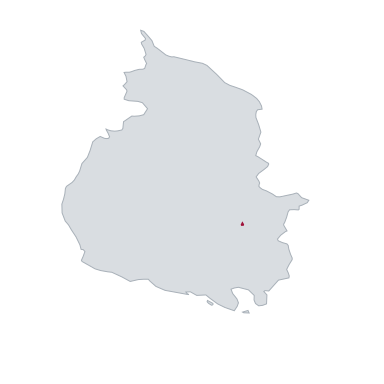 location of Chamkar Mon, Phnom Penh, Cambodia, rotated 301°
{"feature_id": "14789045B33698683582262", "entity_name": "Chamkar Mon", "entity_type": "district", "adm_level": 2, "iso_a3": "KHM", "parent_name": "Cambodia", "parent_adm1": "Phnom Penh", "projection": "equal_earth", "projection_center": [104.92, 11.542], "detail": "fine", "context": "in_parent", "style": "filled", "palette": "rose", "viewbox_px": 384, "rotation_deg": 301, "n_neighbors": 0, "source": "geoboundaries", "source_scale": "gbopen_adm2", "svg_char_len": 3133}
<svg xmlns="http://www.w3.org/2000/svg" viewBox="0 0 384 384"><g transform="rotate(301 192 192)"><path d="M304.2,64.7L304.9,68.0L303.0,74.1L301.1,79.7L297.4,84.6L297.3,88.2L296.0,98.9L296.5,102.3L297.4,105.2L298.6,106.8L301.9,117.3L304.8,126.8L307.7,134.7L308.2,139.6L305.6,152.2L302.6,163.7L302.9,169.5L304.2,175.3L305.7,183.0L306.2,192.8L305.5,199.2L304.1,203.2L301.5,207.3L299.1,209.4L296.3,205.9L294.1,205.7L291.2,206.8L288.8,208.4L284.1,214.4L278.8,220.2L271.5,221.7L268.6,226.1L265.6,226.7L259.8,226.9L256.0,227.9L256.2,230.1L255.9,240.4L256.0,242.8L255.4,243.4L252.8,243.7L248.3,242.1L242.3,239.6L238.0,239.2L235.8,243.7L234.5,245.4L232.9,245.7L231.2,246.5L230.7,248.5L230.5,251.0L231.3,255.3L231.7,262.1L231.4,266.7L233.0,269.7L242.2,279.6L244.9,282.0L245.2,283.5L243.6,288.9L245.1,296.4L242.2,296.3L237.4,293.1L235.1,291.1L232.3,292.7L231.4,292.4L229.5,288.6L227.0,284.8L224.5,284.6L219.1,286.1L213.7,287.1L211.6,287.1L210.7,287.8L207.6,293.5L206.2,292.5L200.7,290.3L195.7,289.5L194.6,291.0L195.2,295.6L196.4,300.1L195.7,302.0L192.9,304.4L189.3,308.6L187.0,311.9L185.5,312.7L179.9,312.6L174.4,313.0L172.2,316.2L170.1,318.6L168.3,319.3L161.0,311.5L146.7,308.8L145.1,305.4L143.7,304.8L142.4,309.2L134.5,313.5L131.2,310.9L128.8,307.8L129.1,303.9L131.4,300.8L135.4,298.6L137.2,290.8L134.2,280.8L131.6,277.8L128.8,275.5L125.9,279.2L123.5,285.6L120.9,288.9L117.3,289.6L112.0,289.4L110.0,279.9L109.3,271.7L110.1,262.4L110.9,256.9L105.8,249.3L105.6,242.0L103.1,238.3L102.4,240.2L102.5,242.2L101.8,240.7L93.8,219.5L92.5,209.7L93.9,202.1L94.7,199.5L92.4,195.6L89.2,191.0L83.5,185.1L83.1,175.7L81.9,164.6L80.2,160.9L77.6,154.1L76.2,148.5L75.8,133.6L76.5,132.4L80.6,131.9L85.8,130.9L86.6,128.5L85.7,126.5L89.0,123.1L93.8,115.7L97.5,108.0L100.2,103.1L101.8,98.3L107.2,91.4L114.6,86.7L119.6,85.6L124.8,84.0L129.8,81.7L132.2,81.5L138.4,84.3L141.7,85.0L145.3,84.9L148.9,85.2L152.1,84.9L159.7,83.0L167.8,84.5L175.0,83.3L183.9,81.1L188.3,82.5L192.3,84.7L192.9,89.3L193.8,91.3L195.1,92.9L196.9,92.9L199.2,89.8L201.1,86.5L201.7,85.9L201.8,87.5L202.7,91.0L204.4,94.5L206.1,96.8L209.0,99.9L210.9,100.0L217.0,97.1L226.1,101.3L227.2,103.5L230.2,107.7L233.4,110.8L240.5,111.0L243.0,103.5L241.8,98.9L237.7,90.8L236.6,86.1L237.9,85.3L244.8,84.4L245.9,83.4L247.4,78.2L249.3,78.8L253.1,79.5L257.1,75.9L259.5,72.2L260.8,73.9L262.3,76.5L263.8,78.0L266.7,80.3L269.9,83.5L271.9,86.6L273.5,87.8L277.6,86.9L278.7,87.0L281.1,83.3L282.7,81.2L284.2,81.8L286.2,81.8L290.5,77.0L292.9,72.6L294.2,71.4L298.1,73.6L299.6,73.1L301.8,67.1L304.2,64.7ZM107.3,267.3L106.5,267.9L105.8,267.8L105.0,267.0L105.1,263.5L105.7,261.5L107.0,261.1L107.3,267.3ZM119.3,301.0L117.7,303.3L115.1,298.5L115.1,297.2L119.3,301.0Z" fill="#d9dde1" stroke="#a8b0b8" stroke-width="1"/><path d="M190.1,251.2L189.9,251.2L189.7,251.2L189.4,251.3L189.3,251.5L189.2,251.6L189.2,251.8L189.3,251.9L189.5,251.9L189.5,252.0L189.7,252.4L189.8,252.5L189.9,252.8L190.0,252.9L190.3,252.9L190.5,252.8L190.6,252.7L190.6,252.4L190.7,252.2L190.8,252.1L191.0,252.0L191.0,251.9L191.5,251.1L190.9,251.1L190.7,251.2L190.4,251.2L190.2,251.2L190.1,251.2Z" fill="#f43f5e" stroke="#9f1239" stroke-width="1.5"/></g></svg>